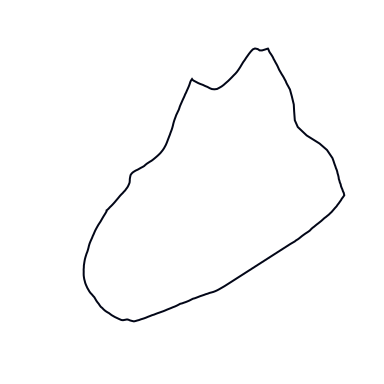 the district of Mudiyah, Abyan, Yemen, rotated 330°
{"feature_id": "15242507B27730634492451", "entity_name": "Mudiyah", "entity_type": "district", "adm_level": 2, "iso_a3": "YEM", "parent_name": "Yemen", "parent_adm1": "Abyan", "projection": "orthographic", "projection_center": [46.206, 13.949], "detail": "fine", "context": "isolated", "style": "outline", "palette": "ink", "viewbox_px": 384, "rotation_deg": 330, "n_neighbors": 0, "source": "geoboundaries", "source_scale": "gbopen_adm2", "svg_char_len": 4286}
<svg xmlns="http://www.w3.org/2000/svg" viewBox="0 0 384 384"><g transform="rotate(330 192 192)"><path d="M329.5,105.8L329.2,105.7L326.4,105.1L323.4,104.4L321.4,103.2L320.4,101.1L318.3,99.2L316.0,98.9L313.3,99.7L310.5,100.8L308.1,101.9L305.9,102.9L303.6,104.1L301.3,105.1L298.4,106.7L296.1,108.0L293.5,109.3L291.1,110.4L288.8,111.2L286.5,111.8L283.8,112.6L281.2,113.3L278.9,113.9L275.8,114.5L272.9,115.1L270.4,115.4L267.9,115.4L265.2,115.3L262.8,114.3L260.7,112.8L259.3,111.0L257.9,108.7L256.4,106.8L255.0,104.7L253.3,102.7L251.8,100.7L250.5,98.6L249.1,96.4L248.6,95.4L248.5,94.2L246.8,95.0L245.4,96.0L244.1,97.2L242.7,98.4L241.4,99.4L239.9,100.5L238.2,101.7L236.5,103.0L234.9,104.0L233.4,105.2L232.0,106.2L230.4,107.3L228.9,108.4L227.4,109.5L225.9,110.6L224.3,111.8L223.0,113.0L221.6,114.2L220.1,115.2L218.4,116.4L216.9,117.4L215.5,118.6L213.8,120.0L212.5,121.1L211.2,122.3L209.9,123.6L208.6,125.0L207.3,126.3L206.0,127.5L204.6,128.7L203.1,129.9L201.5,131.3L200.1,132.4L198.5,133.7L197.0,134.9L195.7,136.0L194.3,137.1L192.8,138.2L191.0,139.3L189.5,140.2L187.4,141.2L185.6,141.9L184.0,142.5L182.1,143.0L180.4,143.4L178.4,143.8L176.7,144.1L174.9,144.4L172.6,144.7L170.8,144.7L169.0,144.8L167.1,144.9L165.2,145.2L163.5,145.6L161.7,145.6L159.9,145.5L158.0,145.5L157.8,145.5L156.2,145.5L154.3,145.3L152.5,145.3L150.7,145.4L149.0,145.8L147.3,146.6L146.0,148.0L144.6,149.7L143.7,151.2L142.6,152.7L141.2,153.8L139.8,154.8L138.3,155.7L136.6,156.4L134.9,157.2L133.1,157.7L131.4,158.3L129.4,158.8L127.5,159.4L125.7,160.1L123.8,160.8L122.1,161.4L120.5,162.0L118.7,162.6L116.8,163.2L115.0,163.7L113.3,164.1L111.5,164.7L109.8,165.1L108.8,165.2L108.5,165.9L106.5,167.1L104.8,168.0L103.3,168.8L101.7,169.7L99.8,170.8L98.1,171.8L96.3,172.7L94.5,173.6L92.8,174.6L90.8,175.8L88.9,177.0L87.0,178.4L85.7,179.4L84.2,180.4L82.6,181.7L80.5,183.2L79.0,184.3L77.5,185.5L75.9,187.0L74.4,188.6L73.1,189.9L71.6,191.3L69.8,192.7L68.5,193.9L67.1,195.2L65.6,196.7L64.0,198.6L62.8,200.1L61.6,201.6L60.5,203.4L59.5,204.8L58.4,206.8L57.5,208.3L56.6,209.9L55.9,211.5L55.1,213.6L54.6,215.5L54.1,217.2L53.8,218.9L53.6,220.7L53.4,222.8L53.4,224.7L53.4,226.8L53.6,228.7L54.1,230.7L54.4,232.5L54.8,234.3L54.8,236.4L54.8,238.3L55.0,240.4L55.3,242.1L55.4,244.0L55.6,245.8L56.3,247.6L56.7,249.4L57.4,251.4L58.1,252.9L59.1,254.7L59.4,255.1L60.8,258.4L62.7,261.7L65.4,265.6L66.8,267.5L68.1,268.5L70.9,269.5L71.0,269.5L71.8,269.8L72.1,269.9L72.3,270.2L73.0,270.7L74.1,272.2L75.5,273.6L77.0,275.0L78.6,275.5L80.3,275.9L82.1,276.4L84.0,276.7L85.7,277.1L87.5,277.5L89.3,277.8L91.7,278.1L93.5,278.4L95.7,278.7L97.8,279.2L100.0,279.5L101.8,279.8L103.8,280.2L105.5,280.5L107.6,280.9L109.8,281.2L111.7,281.4L113.7,281.7L115.7,282.0L117.5,282.2L119.9,282.6L121.9,282.8L124.0,282.9L125.8,282.9L127.8,283.5L129.6,283.8L131.6,284.2L133.7,284.5L135.4,284.7L137.6,284.8L139.5,284.9L141.2,285.4L143.0,285.7L144.9,286.0L147.0,286.3L148.9,286.7L150.9,287.1L152.8,287.4L154.8,287.9L156.8,288.2L158.6,288.7L160.5,289.2L162.4,289.5L164.3,289.7L166.4,289.8L168.2,289.8L170.0,289.8L171.8,289.8L173.2,289.8L180.2,289.5L251.3,286.2L252.8,286.2L254.5,286.2L256.3,286.2L258.1,285.9L258.8,285.9L259.9,285.9L261.7,285.7L263.5,285.4L265.4,285.1L267.3,284.9L269.4,284.7L271.4,284.6L273.1,284.5L274.8,284.3L276.7,283.7L278.5,283.3L280.3,283.1L282.0,282.8L283.8,282.5L285.5,282.3L287.5,282.0L289.5,281.7L291.3,281.3L293.6,280.8L295.5,280.6L297.2,280.3L299.2,280.0L301.1,279.5L302.9,279.1L304.6,278.5L306.3,277.9L308.0,277.3L310.0,276.7L311.6,275.9L313.4,275.2L315.1,274.4L316.9,273.6L318.4,272.7L320.1,272.0L321.8,271.2L322.3,270.9L322.4,270.4L323.0,268.6L323.1,266.8L323.5,265.0L323.7,263.1L324.0,261.3L324.6,259.6L324.8,257.7L325.3,256.0L325.7,254.0L326.4,252.4L327.0,250.4L327.4,248.6L328.0,246.8L328.4,245.0L328.6,243.2L329.0,241.5L329.3,239.6L329.7,237.6L330.1,235.7L330.4,233.9L330.6,232.9L329.9,223.1L326.7,213.8L319.6,200.4L316.1,188.6L316.9,181.3L320.8,173.2L323.9,167.1L326.3,159.0L328.1,152.1L328.1,150.7L328.2,148.6L328.2,146.6L328.3,144.7L328.6,142.6L328.6,140.8L328.7,139.0L328.7,137.1L328.6,135.1L328.6,133.3L328.6,131.5L328.6,129.7L328.8,127.8L329.0,125.9L329.1,123.9L329.1,121.6L329.2,119.6L329.2,117.7L329.4,115.9L329.4,114.0L329.3,112.0L329.1,110.1L329.2,108.3L329.5,106.5L329.5,105.8Z" fill="none" stroke="#020617" stroke-width="2"/></g></svg>